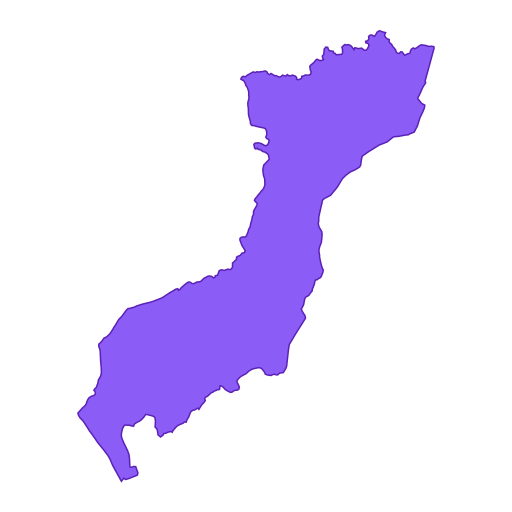 Hamisi, Western, Kenya (Natural Earth projection)
{"feature_id": "3690345B54311955774666", "entity_name": "Hamisi", "entity_type": "district", "adm_level": 2, "iso_a3": "KEN", "parent_name": "Kenya", "parent_adm1": "Western", "projection": "natural_earth1", "projection_center": [34.822, 0.093], "detail": "fine", "context": "isolated", "style": "filled", "palette": "violet", "viewbox_px": 512, "rotation_deg": 0, "n_neighbors": 0, "source": "geoboundaries", "source_scale": "gbopen_adm2", "svg_char_len": 5963}
<svg xmlns="http://www.w3.org/2000/svg" viewBox="0 0 512 512"><path d="M405.2,135.1L408.3,134.8L409.7,133.9L414.2,132.1L417.4,126.0L420.0,117.6L422.8,111.9L424.4,107.9L424.8,105.1L421.7,103.5L418.9,99.9L417.7,98.7L418.1,97.2L419.1,95.6L422.9,87.1L425.7,82.7L425.1,81.1L434.1,48.1L433.8,46.6L431.2,46.2L429.3,46.4L427.8,46.2L426.1,45.5L421.4,44.8L419.6,45.6L416.7,47.8L414.7,48.8L413.3,47.9L411.4,49.1L410.5,50.9L410.2,52.5L409.3,53.5L407.9,53.7L404.6,55.3L402.1,51.9L400.6,51.9L399.3,53.3L397.8,53.4L396.2,52.0L395.7,50.1L394.6,48.5L392.4,46.1L391.6,44.2L390.0,43.2L389.2,41.7L389.2,39.5L387.5,39.0L385.7,37.6L384.5,35.2L385.6,32.6L382.6,31.9L379.5,30.7L377.1,32.1L375.9,34.4L374.5,36.3L371.8,35.0L370.1,35.1L368.6,36.4L368.9,38.8L367.7,40.7L365.6,41.3L365.9,42.9L367.7,43.3L368.8,44.4L368.8,45.9L367.4,48.8L365.9,50.3L364.3,50.2L361.6,48.1L358.4,48.6L354.9,47.7L354.0,49.7L351.5,46.3L350.0,45.2L348.1,44.6L346.4,45.0L345.0,44.5L343.3,45.7L341.9,47.2L342.4,48.8L342.6,52.9L341.7,54.3L336.2,54.8L335.2,53.4L333.6,53.0L333.3,51.3L329.4,50.7L328.3,49.2L327.7,47.3L325.8,47.1L324.2,49.0L323.9,53.1L323.6,54.6L322.3,56.1L322.7,58.0L323.5,59.5L321.5,60.5L319.7,60.5L317.0,59.2L315.8,60.1L313.8,62.6L310.8,65.0L309.8,66.2L310.3,70.1L311.2,71.9L310.6,74.2L308.8,75.2L305.1,75.0L303.7,76.0L301.8,76.2L301.4,78.5L299.9,79.1L298.2,79.7L296.6,79.4L296.7,77.6L295.5,76.2L292.6,75.1L289.8,76.0L288.6,75.5L287.3,74.6L285.9,76.0L284.5,75.9L282.6,75.1L280.9,76.6L279.2,77.1L276.2,75.7L274.3,75.5L271.1,73.5L269.5,74.6L267.8,73.6L267.0,71.9L265.4,70.9L262.3,71.6L260.3,71.7L258.7,72.1L257.1,71.7L255.3,72.5L253.2,71.9L246.9,75.4L245.6,76.8L243.2,76.3L241.6,77.3L240.8,79.1L242.0,79.9L243.8,80.6L245.4,83.7L245.9,85.5L247.3,87.4L248.7,91.6L248.7,95.6L249.0,97.1L248.8,99.2L248.1,101.4L247.8,103.4L247.9,105.6L248.3,107.9L248.5,114.5L248.8,116.0L250.3,121.4L250.5,123.8L251.8,125.5L253.9,125.6L258.1,126.8L263.5,127.9L265.4,128.6L266.4,130.7L266.8,133.2L266.6,135.1L265.8,137.1L266.7,138.6L268.2,139.2L269.2,140.5L268.3,143.6L267.3,144.9L266.0,145.8L264.6,145.4L261.2,143.5L258.2,142.8L255.1,143.1L253.9,144.3L254.6,148.2L255.9,149.0L257.2,148.2L258.3,149.5L260.2,149.6L262.9,151.6L264.4,151.9L267.2,153.5L268.3,154.7L269.3,159.2L263.7,165.1L262.8,169.8L263.5,175.7L264.2,177.3L264.7,179.4L264.9,184.7L264.4,186.4L263.6,188.3L262.7,189.8L261.3,191.0L259.9,193.0L258.1,195.0L256.8,196.9L255.4,198.4L254.4,200.3L255.5,201.8L256.7,202.8L257.3,204.1L256.4,206.1L253.6,211.0L253.4,214.8L252.3,216.7L252.0,219.0L250.5,224.4L250.2,226.8L249.1,228.5L248.5,229.9L248.1,231.7L246.4,235.9L244.8,237.2L243.1,236.9L241.3,237.3L240.0,238.3L239.9,240.0L241.9,245.4L245.2,250.6L244.4,252.6L241.9,253.2L240.3,255.4L238.3,256.1L236.5,257.2L236.5,259.3L232.5,263.1L232.5,267.1L231.6,268.6L229.9,269.7L227.9,269.1L224.3,270.4L221.3,269.8L219.2,270.7L217.5,275.3L215.3,275.7L215.0,277.3L213.6,277.9L211.9,276.5L209.6,276.0L208.1,276.1L203.8,278.4L201.0,281.2L199.6,281.8L197.0,282.0L193.6,283.7L192.0,283.5L190.0,282.1L188.2,282.1L185.9,283.7L181.2,287.7L179.9,289.5L178.6,290.2L177.8,288.7L175.7,289.2L172.0,291.5L170.4,292.3L162.7,297.4L160.2,298.6L151.2,302.0L142.5,304.1L136.5,306.0L134.2,307.2L131.5,307.8L129.9,308.4L128.1,308.5L126.2,310.3L121.6,316.6L118.7,319.5L115.5,325.0L113.9,327.3L112.8,329.3L110.3,333.2L108.6,335.1L106.1,337.2L104.1,338.0L101.6,341.5L98.8,344.2L98.8,346.4L99.9,349.5L100.2,351.4L100.6,360.7L101.2,367.3L101.4,371.8L101.2,373.9L100.6,376.2L98.5,379.7L97.7,383.6L96.2,387.6L94.5,389.1L93.9,390.4L95.0,391.4L95.4,392.8L95.0,394.5L93.5,395.7L91.7,396.1L90.3,396.9L88.7,398.1L87.5,400.2L86.1,404.0L85.2,405.5L82.4,408.0L77.9,413.1L78.3,414.8L79.9,417.7L83.4,421.4L88.4,429.1L89.3,430.7L92.5,434.9L98.0,442.9L103.7,449.9L107.9,455.5L109.9,458.9L112.7,465.5L121.4,481.3L123.9,478.2L125.6,479.5L129.0,478.5L137.4,475.1L137.9,472.8L135.7,466.6L133.5,466.5L131.4,467.3L129.9,467.0L129.5,458.7L129.0,454.5L127.5,450.5L123.6,442.4L121.9,438.3L121.3,435.8L121.4,433.7L122.1,430.3L122.5,428.6L123.7,426.3L124.8,425.1L128.6,425.2L130.0,425.4L131.3,425.9L133.6,426.2L134.4,424.1L137.6,421.9L138.9,421.5L141.1,420.0L143.6,417.5L145.6,414.5L147.2,414.6L152.8,416.0L154.8,417.3L155.2,419.1L155.4,421.5L155.1,427.2L156.6,428.5L157.3,430.2L158.0,434.8L160.5,437.0L163.1,435.1L163.7,433.5L165.6,433.3L168.2,432.1L171.1,431.5L172.2,432.3L173.0,430.6L176.0,427.1L177.6,425.7L180.3,424.3L183.0,423.3L184.4,422.0L186.3,422.1L186.8,420.1L188.8,416.8L190.2,412.9L191.3,411.2L193.1,410.2L194.6,410.0L197.6,408.1L198.9,409.4L201.2,405.6L202.2,404.3L203.8,402.7L205.3,400.6L204.7,398.5L205.5,397.2L207.5,396.3L211.3,392.7L213.1,392.0L214.5,391.0L216.2,390.4L217.6,389.7L219.5,389.5L220.1,385.8L221.6,386.0L223.4,387.4L225.2,389.5L227.1,390.7L230.4,392.4L232.1,392.1L233.6,390.9L235.2,390.3L237.5,390.1L238.7,389.4L239.4,387.3L238.1,384.0L236.9,382.2L237.2,380.4L238.3,378.9L240.4,376.8L241.8,375.9L246.0,373.7L248.9,371.1L251.4,369.5L253.3,368.8L257.2,367.9L258.8,367.7L260.9,368.1L262.1,369.1L264.0,371.4L264.8,372.8L265.3,374.2L267.5,375.0L271.0,375.5L272.6,374.7L274.5,374.2L276.2,374.9L277.8,374.8L279.6,373.1L283.3,372.6L285.8,368.5L286.6,366.5L288.4,350.2L289.3,344.5L295.1,334.7L305.5,318.2L305.2,316.3L304.5,314.7L303.6,313.6L301.9,310.7L301.4,308.8L302.5,307.0L303.6,304.7L304.8,298.6L305.9,297.0L308.8,295.4L309.8,293.8L312.2,290.9L312.3,289.4L314.3,284.3L314.8,281.7L315.6,279.9L317.2,279.7L318.6,278.5L320.1,277.9L321.2,276.6L322.8,272.5L323.3,270.0L322.1,267.7L320.6,262.1L319.6,257.1L319.6,255.2L319.0,251.8L319.0,249.3L319.8,246.4L321.3,242.6L321.7,239.7L322.1,234.0L321.8,231.7L319.3,227.4L318.6,225.4L318.3,223.1L318.7,221.3L318.8,216.9L321.4,205.2L321.9,203.6L322.2,201.3L322.7,200.0L324.7,198.3L330.6,195.3L337.2,187.3L342.4,178.7L345.7,175.4L350.2,172.0L354.8,169.9L357.8,168.2L359.7,166.9L360.7,165.0L361.4,159.8L361.8,157.7L362.3,156.1L368.7,151.6L379.1,145.1L387.2,141.9L393.2,137.0L395.2,136.6L398.4,136.4L405.2,135.1Z" fill="#8b5cf6" stroke="#5b21b6" stroke-width="1.5"/></svg>